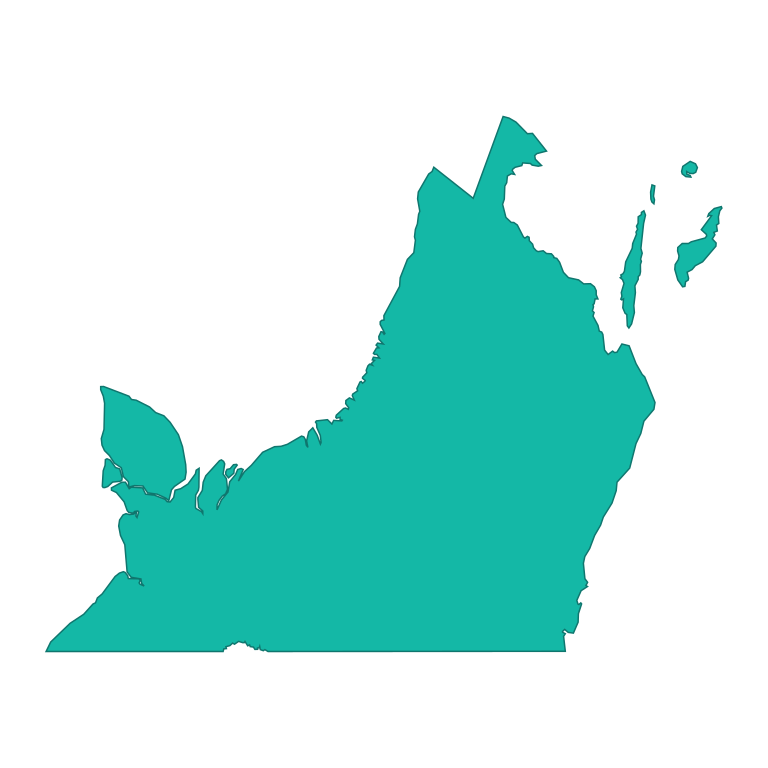 the border of Papua, rotated 90°
{"feature_id": "IDN-558", "entity_name": "Papua", "entity_type": "Province", "adm_level": 1, "iso_a3": "IDN", "parent_name": "Indonesia", "parent_adm1": "", "projection": "mercator", "projection_center": [137.674, -4.867], "detail": "fine", "context": "isolated", "style": "filled", "palette": "teal", "viewbox_px": 768, "rotation_deg": 90, "n_neighbors": 0, "source": "natural_earth", "source_scale": "10m", "svg_char_len": 6121}
<svg xmlns="http://www.w3.org/2000/svg" viewBox="0 0 768 768"><g transform="rotate(90 384 384)"><path d="M651.3,202.7L651.5,500.0L649.6,503.1L650.7,504.7L649.6,507.7L646.4,508.3L647.8,508.8L648.0,510.5L649.3,510.4L649.4,513.1L647.1,514.5L646.6,517.8L644.9,518.4L645.8,520.3L641.5,523.0L642.6,523.6L642.7,525.1L641.4,529.4L644.2,533.5L643.1,535.4L645.6,538.1L646.7,542.1L648.6,541.6L648.9,544.2L651.5,544.9L651.5,721.9L642.0,717.3L623.3,697.9L614.3,684.3L604.0,675.0L602.8,672.5L597.9,670.6L594.0,665.9L576.5,652.9L573.1,648.6L571.7,644.6L572.4,642.9L575.7,640.3L578.6,639.7L578.8,629.0L580.6,627.8L582.9,628.9L584.2,628.0L586.0,623.9L583.4,626.3L578.9,627.1L577.3,636.8L571.9,640.9L544.7,643.2L535.5,647.5L526.0,649.3L520.0,648.4L514.9,644.9L513.7,642.0L514.6,638.6L514.1,634.4L512.0,631.5L516.0,632.1L517.5,631.0L511.9,629.3L511.0,630.2L511.5,633.5L513.1,634.6L512.5,639.1L510.6,640.8L501.8,643.9L492.5,651.6L490.2,656.5L487.9,656.6L482.2,646.1L482.2,642.6L488.7,638.8L487.2,636.7L487.9,625.4L494.2,622.4L495.2,613.5L499.4,602.9L501.7,600.9L502.0,597.9L497.5,594.3L490.2,592.9L488.7,587.3L484.0,580.0L473.9,572.6L470.2,571.8L468.3,568.9L487.1,569.1L490.3,569.6L495.0,572.3L507.1,572.6L508.5,572.1L511.7,566.5L513.7,565.2L511.0,565.2L507.3,569.4L499.5,570.1L497.6,570.1L490.4,565.7L482.2,564.8L475.8,562.2L460.7,548.5L459.9,546.6L461.4,544.4L463.9,543.3L474.0,544.9L478.6,541.6L489.2,540.5L493.8,542.4L496.1,545.8L500.4,549.0L504.7,550.9L509.9,551.0L500.1,546.6L492.0,540.0L481.8,538.3L474.5,532.4L469.5,530.3L468.5,526.9L469.5,524.8L481.1,529.6L471.6,523.5L465.4,516.7L452.3,505.4L446.7,493.5L446.3,486.9L444.3,480.6L436.1,466.5L436.8,464.2L439.4,462.7L445.2,461.7L447.4,460.1L440.9,461.4L431.9,459.3L427.8,455.2L435.3,450.8L444.1,447.6L442.5,446.9L435.4,447.7L427.4,451.2L423.7,451.4L422.1,452.5L420.9,451.6L419.7,440.5L424.0,436.1L420.4,434.3L420.9,426.2L420.2,425.7L419.4,427.9L417.4,427.9L418.2,431.4L417.3,432.2L415.2,431.7L408.5,424.4L408.0,422.5L409.3,419.7L407.7,419.3L403.7,422.3L400.5,422.1L397.9,418.6L400.1,413.7L395.6,415.7L394.1,415.3L390.8,410.4L388.6,411.1L382.0,408.0L381.5,406.8L383.2,405.5L381.4,403.2L380.5,402.8L378.3,405.5L377.2,405.4L372.8,401.2L370.3,401.8L365.9,400.1L364.2,398.5L365.2,395.6L363.7,396.8L360.4,393.5L359.9,395.7L357.2,394.6L358.1,388.5L354.4,391.1L354.4,393.5L353.3,394.6L348.0,391.5L347.8,389.2L345.1,391.9L343.1,390.4L344.0,384.7L339.3,389.0L336.5,389.2L331.7,387.0L332.0,385.5L334.3,383.9L333.5,383.1L324.4,387.8L321.8,387.8L320.4,386.4L320.0,384.0L315.6,384.1L286.4,368.4L277.8,367.8L259.4,360.6L252.7,354.2L240.2,352.6L236.8,353.5L229.3,352.6L223.9,350.6L214.3,349.4L211.3,348.2L198.8,350.4L192.0,349.7L174.0,339.3L171.5,335.9L167.2,334.2L198.3,294.8L116.5,264.9L118.1,258.9L122.1,252.0L133.7,240.6L133.4,235.5L151.1,221.5L153.6,231.2L155.6,233.3L159.2,232.7L165.5,226.5L166.2,229.7L165.1,235.9L163.5,237.6L162.9,245.3L165.6,246.2L167.3,252.9L169.2,255.3L170.5,255.8L174.4,253.4L173.8,256.7L176.0,260.6L182.7,261.3L186.1,263.2L199.1,263.7L204.3,265.4L217.4,262.1L222.4,256.8L222.5,254.2L225.0,250.7L236.9,244.6L238.1,243.1L236.4,240.6L237.3,238.9L240.7,238.7L244.2,235.4L247.8,234.4L250.8,231.7L251.6,229.9L250.8,224.8L253.5,221.5L253.8,216.6L256.5,214.2L257.6,214.3L258.4,211.2L262.3,208.4L272.3,204.6L277.7,199.5L279.9,189.4L283.9,184.3L283.7,177.5L286.8,173.6L290.7,171.8L294.8,171.8L298.9,170.1L298.9,172.9L303.8,173.9L304.6,175.0L306.8,174.5L310.9,175.6L312.5,173.9L316.1,175.0L325.4,170.0L331.1,168.7L332.1,166.3L334.5,165.1L350.1,163.4L354.5,159.9L351.1,155.4L352.6,153.4L352.2,151.0L344.0,146.1L345.8,138.9L363.6,132.0L374.5,125.8L376.9,123.3L402.5,113.0L409.3,114.1L421.2,124.1L433.5,127.2L443.6,132.0L468.1,138.3L482.2,151.0L490.7,151.8L503.1,156.0L517.1,164.7L525.1,167.4L535.5,173.4L548.5,178.3L556.6,183.2L563.3,184.6L578.7,183.1L582.3,180.4L585.5,182.1L586.5,180.5L590.7,186.9L600.4,191.2L604.1,190.0L604.5,189.1L602.9,187.2L603.9,186.4L613.7,189.6L622.2,189.9L633.1,194.6L632.4,199.8L629.4,203.3L631.4,205.4L632.3,205.4L633.7,202.7L636.3,204.4L651.3,202.7ZM489.8,596.5L500.7,599.2L498.2,602.0L494.2,610.7L492.8,620.4L486.0,625.0L485.6,633.7L487.1,639.2L481.7,639.6L476.6,644.6L467.7,646.7L463.1,653.6L455.6,658.5L450.6,663.5L445.1,666.0L438.6,666.7L429.4,664.0L403.3,663.4L396.2,664.7L389.7,667.3L386.6,667.3L386.5,664.4L396.2,639.0L399.5,636.5L400.2,631.8L407.0,618.4L412.6,612.3L415.8,604.1L422.3,597.9L434.7,589.6L446.7,585.5L464.6,582.3L472.2,581.9L479.1,583.0L486.4,593.5L489.8,596.5ZM286.4,83.1L286.8,85.4L279.9,90.2L269.4,93.2L264.5,92.8L259.5,89.6L255.9,89.0L251.0,90.4L247.5,90.2L243.5,85.8L243.5,79.5L241.8,76.8L238.0,62.9L236.0,61.3L234.3,61.7L229.7,66.7L215.7,56.4L215.3,58.2L216.3,60.2L213.6,59.2L208.5,53.7L206.6,46.7L208.1,46.1L210.8,48.2L216.8,49.6L223.5,49.2L225.0,51.5L231.0,50.7L232.4,54.2L234.8,53.1L238.9,55.7L243.0,51.9L246.2,52.1L261.8,65.4L265.7,72.7L269.6,76.0L272.2,80.9L278.3,79.4L280.2,79.9L281.7,82.4L286.4,83.1ZM323.9,136.4L328.0,139.1L325.8,140.7L314.5,141.2L313.3,142.9L307.8,145.2L298.9,144.5L299.9,146.2L299.2,147.2L296.2,146.1L292.6,146.7L283.4,144.0L279.6,145.5L277.7,147.8L276.7,146.5L275.0,147.2L273.7,145.0L271.3,143.6L261.9,142.3L248.3,135.8L243.5,135.3L234.2,131.5L232.1,132.0L229.3,130.4L226.2,131.5L223.3,129.9L216.8,129.8L214.6,126.6L212.4,126.6L210.8,124.1L215.1,122.5L223.5,124.4L248.4,127.1L253.2,125.8L259.2,127.4L261.4,126.6L264.5,127.6L271.8,127.5L275.0,128.2L276.7,129.8L279.4,129.8L285.8,133.1L292.6,132.6L305.7,134.2L312.5,133.6L323.9,136.4ZM486.5,660.2L487.6,663.2L487.5,664.9L486.2,665.7L470.8,664.8L465.3,662.9L459.6,662.6L458.8,661.0L460.1,657.8L467.5,652.5L468.9,648.3L477.6,645.9L480.1,646.1L481.3,648.0L482.1,655.4L486.5,660.2ZM177.1,77.1L176.6,82.2L173.8,85.8L171.4,86.4L166.4,85.2L161.4,77.8L163.8,72.5L167.6,70.6L172.3,72.3L173.6,74.9L173.3,78.4L171.5,81.3L174.2,81.2L175.5,77.8L177.1,77.1ZM473.3,534.2L477.8,539.5L474.5,542.2L472.1,542.3L469.4,541.0L468.7,537.9L464.7,534.5L464.4,531.5L465.1,530.8L469.2,533.8L473.3,534.2ZM199.9,113.5L203.8,114.1L202.0,116.1L199.1,117.1L192.1,117.4L184.9,116.0L185.9,113.2L196.2,114.5L199.9,113.5Z" fill="#14b8a6" stroke="#0f766e" stroke-width="1.5"/></g></svg>